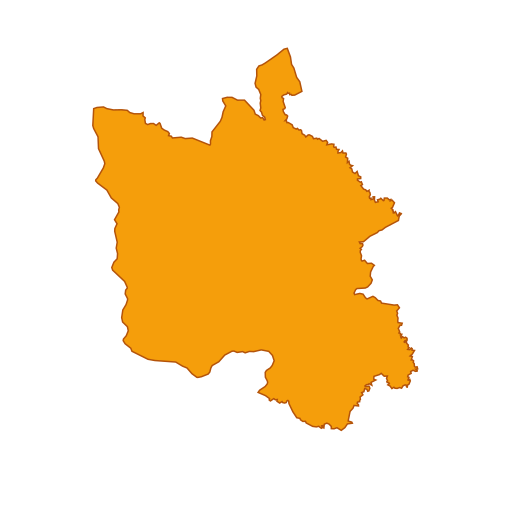 El Playón, Santander, Colombia, rotated 254°
{"feature_id": "7082276B80237546514207", "entity_name": "El Playón", "entity_type": "district", "adm_level": 2, "iso_a3": "COL", "parent_name": "Colombia", "parent_adm1": "Santander", "projection": "orthographic", "projection_center": [-73.194, 7.522], "detail": "fine", "context": "isolated", "style": "filled", "palette": "amber", "viewbox_px": 512, "rotation_deg": 254, "n_neighbors": 0, "source": "geoboundaries", "source_scale": "gbopen_adm2", "svg_char_len": 6095}
<svg xmlns="http://www.w3.org/2000/svg" viewBox="0 0 512 512"><g transform="rotate(254 256 256)"><path d="M442.4,140.6L426.4,135.1L423.3,135.1L414.1,137.0L402.6,134.2L389.0,136.3L386.4,136.1L382.7,133.5L374.5,124.9L373.5,123.1L372.4,122.6L369.8,123.8L360.5,130.8L351.7,132.9L344.5,137.6L340.5,138.1L338.1,136.7L336.1,136.3L329.9,130.0L325.3,131.3L321.3,127.9L318.7,127.0L307.5,126.4L302.1,123.8L296.5,123.6L291.6,121.8L289.2,117.7L284.7,114.2L281.9,114.3L267.8,122.7L261.6,123.6L260.6,123.4L259.1,121.3L255.6,119.8L250.4,120.8L249.1,120.4L245.1,117.7L240.8,113.1L233.8,109.9L229.3,109.6L223.5,112.9L219.3,112.6L215.1,109.3L212.7,105.7L211.2,105.0L207.7,106.0L201.9,110.2L198.6,110.5L186.5,123.7L183.4,130.0L176.2,149.6L170.4,155.0L167.4,158.8L160.5,162.0L155.7,165.7L155.3,166.6L155.0,170.2L155.7,177.5L157.2,179.6L160.9,181.8L162.8,183.7L164.6,191.1L169.4,198.7L171.1,206.7L170.7,208.6L168.5,211.3L167.8,216.8L165.9,218.9L166.1,223.3L164.7,227.4L164.3,235.2L160.8,242.0L155.9,244.4L150.3,244.6L146.3,241.4L144.5,238.9L143.1,234.5L141.6,232.8L136.9,231.6L133.0,232.4L131.4,232.4L129.9,231.5L128.0,228.8L126.0,222.5L124.3,220.4L119.2,226.6L115.2,229.7L114.0,229.0L112.7,229.9L114.0,233.8L112.4,235.0L112.2,236.9L110.6,236.1L108.1,238.2L108.9,240.9L107.8,241.2L106.8,242.9L106.8,244.6L108.2,245.8L108.4,246.8L107.4,247.4L105.0,247.0L96.1,248.5L89.3,250.6L87.8,253.5L86.3,253.6L84.1,255.4L83.4,258.0L81.7,258.2L76.6,263.5L75.1,266.9L75.0,269.4L72.4,271.3L72.6,272.4L74.7,272.3L74.5,273.8L72.8,273.0L72.0,273.8L75.5,275.3L75.8,278.0L74.3,279.9L71.4,281.4L69.3,280.8L68.4,283.4L68.6,286.5L64.9,289.9L66.5,294.1L69.4,297.6L68.7,302.5L69.9,302.3L72.0,299.1L80.7,303.6L82.9,307.2L85.3,309.1L83.6,313.2L84.8,313.5L86.4,312.6L87.6,313.3L87.4,315.5L88.5,315.7L89.3,316.8L91.8,317.2L93.1,320.5L95.6,319.9L95.8,322.3L98.6,323.9L97.3,325.9L95.2,326.1L95.2,327.3L97.5,329.0L99.7,328.8L100.2,325.2L101.0,324.9L101.9,326.7L101.6,328.7L102.1,329.5L99.9,331.7L102.8,331.7L103.8,336.9L105.1,335.2L107.8,336.2L108.0,342.1L108.7,344.0L105.1,346.1L104.4,349.2L102.3,347.7L100.2,348.1L99.1,347.1L98.2,347.3L97.8,348.6L96.7,349.0L95.8,347.2L94.1,349.0L91.1,350.1L91.8,352.4L90.6,353.1L89.8,355.2L90.0,357.7L88.8,359.5L90.7,361.6L91.0,363.7L90.6,364.6L88.6,364.7L88.3,365.3L90.2,366.1L90.6,367.7L93.4,369.9L94.9,369.8L94.4,368.7L95.0,367.9L97.2,369.6L98.1,368.5L99.6,369.4L100.4,372.8L102.3,372.8L102.9,375.5L101.2,377.4L100.9,379.1L101.7,379.4L103.2,378.3L103.0,380.3L105.1,380.3L105.2,378.7L106.1,377.9L108.9,378.4L110.3,377.8L111.8,378.6L113.0,377.7L113.3,376.6L116.3,378.6L117.4,376.6L118.7,379.3L121.5,382.3L122.5,380.0L123.9,380.6L124.8,379.9L123.6,378.0L124.4,376.1L125.7,377.9L126.8,377.1L128.4,377.9L130.6,376.7L132.3,377.1L132.0,375.1L132.6,374.7L133.5,375.8L133.5,378.1L135.3,378.5L136.7,377.4L136.5,375.8L138.1,374.6L137.1,373.0L138.5,372.8L140.4,374.4L140.5,373.1L141.7,373.6L142.6,372.2L143.6,373.2L147.2,372.8L149.8,375.5L149.3,376.8L151.1,378.0L152.8,374.2L154.4,374.3L157.2,375.4L160.4,375.1L161.8,376.3L164.4,376.1L166.7,379.6L170.1,378.5L170.7,375.3L176.1,363.7L178.4,363.3L179.7,360.9L183.0,359.2L185.0,357.3L184.1,350.9L185.7,349.7L189.8,348.4L191.4,345.5L191.7,340.2L193.3,340.0L196.2,342.5L196.9,344.1L195.1,352.2L195.5,354.8L198.1,359.1L201.0,361.2L205.1,360.2L209.1,361.8L213.6,365.8L214.4,367.2L217.2,365.0L218.1,361.0L222.0,359.2L221.9,356.7L222.3,356.2L224.1,356.1L227.1,357.5L230.8,357.2L232.3,357.7L233.3,359.1L234.7,358.2L235.8,360.8L237.0,361.8L238.5,361.8L239.2,359.5L241.0,359.2L240.1,363.2L243.6,371.0L245.1,379.1L246.4,381.2L246.3,384.3L247.9,388.3L250.9,402.7L254.9,404.7L256.2,406.8L256.7,406.1L257.0,407.0L257.9,405.8L255.8,404.0L255.6,403.1L260.2,402.3L259.3,400.5L259.7,399.8L260.9,400.3L262.0,399.8L262.4,400.4L264.6,399.2L265.1,400.6L269.0,403.8L272.2,402.2L272.0,400.4L273.2,401.1L273.3,399.5L275.5,398.2L276.3,395.3L274.1,394.3L274.1,393.6L277.1,391.9L276.5,390.7L276.5,388.3L274.5,388.4L274.6,385.6L277.1,385.2L280.2,386.3L280.6,384.8L278.9,384.6L278.4,383.8L278.5,382.1L279.9,382.5L280.1,381.1L281.7,381.2L283.4,382.8L285.7,383.0L287.0,382.3L288.0,382.8L287.6,380.4L289.4,379.7L290.6,377.9L294.8,376.2L295.3,378.0L298.3,377.7L298.2,376.6L300.9,374.4L302.1,374.8L301.6,378.0L303.2,378.5L304.9,376.6L309.4,376.5L308.0,373.9L310.2,371.9L313.3,372.1L314.9,370.7L316.2,373.7L317.2,372.0L318.5,371.2L321.4,371.5L320.6,369.6L324.7,371.1L326.4,369.4L329.0,371.0L330.2,370.8L331.0,368.0L333.2,368.1L332.0,366.1L332.4,363.2L333.8,363.5L335.5,365.1L336.3,362.8L338.7,362.9L338.9,361.1L339.7,360.8L341.9,361.7L342.9,359.5L343.4,354.7L345.5,356.2L347.8,355.3L347.9,351.7L351.6,349.0L351.3,347.3L352.5,346.9L352.9,343.6L355.4,343.2L357.7,340.8L358.0,339.5L356.7,336.7L358.7,336.1L360.9,334.0L364.2,334.3L365.1,333.6L365.2,332.1L367.3,330.9L366.9,329.7L369.1,327.2L372.2,326.9L375.4,323.8L375.7,322.5L377.9,322.5L378.1,321.4L379.3,323.4L381.8,325.0L383.2,324.3L383.6,323.1L387.1,322.1L389.5,322.3L389.7,324.2L390.6,325.0L397.1,324.7L399.8,325.9L401.0,324.7L402.3,324.8L403.2,327.0L403.2,330.1L404.4,331.4L403.5,331.8L403.3,333.1L401.8,332.9L401.6,334.4L400.6,334.8L400.0,337.6L401.6,345.5L411.4,346.1L416.6,344.3L426.2,344.2L430.4,343.0L437.9,344.0L447.0,343.3L447.1,339.9L443.4,331.2L438.9,317.9L438.0,314.4L437.9,311.2L435.3,308.1L428.9,306.4L422.2,302.7L418.3,302.6L415.4,304.5L409.9,305.1L406.4,303.6L404.0,303.4L401.8,302.2L397.0,301.4L394.7,300.0L393.0,300.9L389.4,301.0L387.2,302.6L384.5,302.6L384.5,301.3L387.2,300.5L387.3,298.6L390.3,296.9L392.6,294.4L396.7,294.2L409.0,287.9L410.9,281.2L415.1,276.7L416.5,272.0L416.6,267.2L414.2,266.8L408.6,268.3L403.7,264.2L398.6,261.5L395.3,258.8L387.4,247.9L383.0,246.5L379.4,244.0L376.1,243.1L375.3,242.2L386.9,227.3L388.4,220.3L390.8,216.9L392.5,208.2L394.5,207.6L395.8,205.1L397.6,206.5L399.9,205.5L402.3,202.6L404.8,200.6L409.9,200.3L410.7,199.7L409.1,196.0L411.6,194.0L412.4,191.0L412.2,188.1L413.9,186.3L417.7,186.7L419.3,187.6L421.8,186.0L425.0,187.0L424.5,184.3L426.3,178.0L428.7,174.2L431.5,172.4L433.6,167.1L435.7,159.2L438.8,153.2L441.3,150.5L442.6,144.1L442.4,140.6Z" fill="#f59e0b" stroke="#b45309" stroke-width="1.5"/></g></svg>